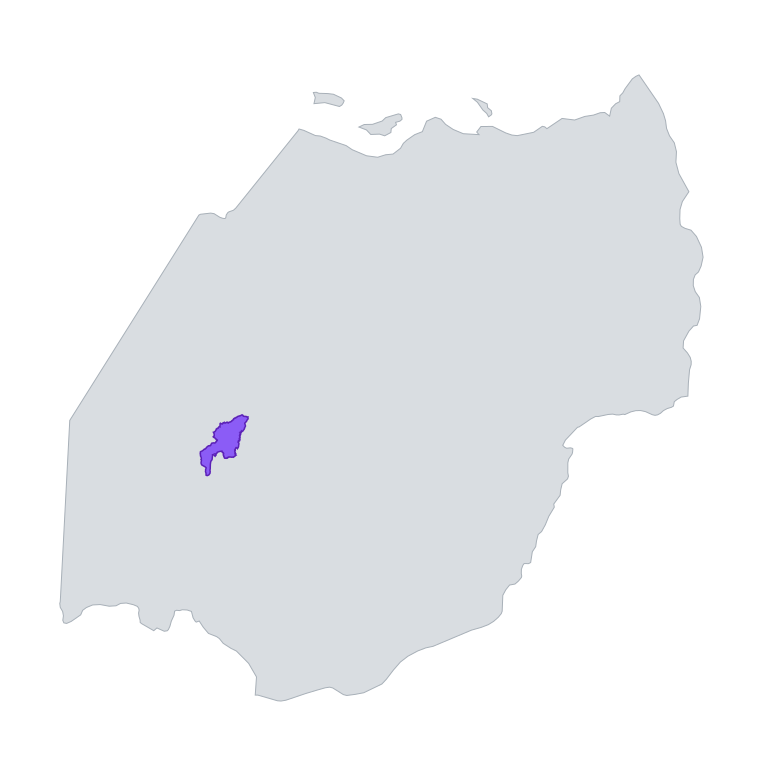 location of Kishapu, Shinyanga, United Republic of Tanzania, rotated 273°
{"feature_id": "72390352B32869277898143", "entity_name": "Kishapu", "entity_type": "district", "adm_level": 2, "iso_a3": "TZA", "parent_name": "United Republic of Tanzania", "parent_adm1": "Shinyanga", "projection": "mercator", "projection_center": [33.788, -3.68], "detail": "fine", "context": "in_parent", "style": "filled", "palette": "violet", "viewbox_px": 768, "rotation_deg": 273, "n_neighbors": 0, "source": "geoboundaries", "source_scale": "gbopen_adm2", "svg_char_len": 9108}
<svg xmlns="http://www.w3.org/2000/svg" viewBox="0 0 768 768"><g transform="rotate(273 384 384)"><path d="M269.9,560.5L260.5,555.5L251.9,552.5L244.9,549.1L241.8,545.8L235.2,544.5L229.5,544.0L224.2,540.9L213.4,539.8L212.2,537.8L212.0,533.3L210.1,532.1L206.2,530.9L202.0,531.0L199.4,531.6L197.9,531.3L194.3,528.6L191.1,525.3L189.8,519.9L184.9,516.4L179.2,513.7L163.3,513.9L160.8,513.1L157.1,510.4L152.7,505.9L149.1,500.7L146.0,493.7L142.8,484.3L124.6,446.7L122.7,439.6L119.2,431.7L113.4,422.1L107.2,414.9L98.9,408.4L89.4,401.9L84.3,397.6L74.6,379.9L72.6,371.7L71.0,363.1L71.7,359.7L77.8,348.7L78.4,345.6L77.6,341.4L74.6,332.6L70.8,322.0L63.1,302.6L62.0,297.7L62.1,294.1L66.7,274.4L66.6,271.7L84.8,272.0L98.0,263.4L109.6,250.6L111.9,245.2L116.6,237.0L121.2,232.9L123.0,230.0L125.7,221.8L131.7,216.2L137.6,211.9L136.4,208.9L137.3,207.8L140.5,205.6L146.8,203.6L148.0,199.3L148.0,194.4L147.0,191.7L147.2,188.6L146.2,186.8L142.1,186.4L136.0,184.0L130.9,182.9L127.4,181.5L126.2,180.4L125.6,177.5L128.5,170.0L125.6,167.0L132.0,154.5L133.1,153.0L135.4,152.8L139.1,151.5L142.4,150.9L145.2,151.3L147.2,150.8L149.0,149.4L150.5,145.2L151.8,138.1L151.1,132.4L148.5,128.0L147.7,121.2L148.9,112.1L148.1,104.6L145.2,98.5L142.2,94.9L137.6,93.2L130.5,84.0L128.3,79.6L128.7,76.8L131.2,75.6L135.7,76.0L140.0,75.0L144.0,72.4L147.9,71.7L149.9,72.1L331.2,72.1L543.0,190.3L543.9,191.8L545.6,202.0L545.2,205.4L541.9,211.3L541.0,214.4L540.9,216.5L541.7,217.3L544.5,217.6L546.9,219.0L547.8,220.1L549.6,224.5L551.9,226.8L632.4,284.9L634.2,285.8L633.1,290.6L628.5,302.5L628.3,307.4L626.5,313.2L624.8,317.1L620.1,333.7L616.3,340.0L611.0,354.6L610.1,365.8L613.0,373.6L614.1,381.0L620.3,388.2L625.3,390.7L628.7,394.0L634.6,401.6L638.0,409.1L648.7,412.8L653.0,421.3L651.4,427.1L646.5,431.9L641.8,439.8L638.1,450.1L638.0,465.8L640.5,463.4L646.2,467.3L646.9,478.9L641.1,492.4L639.3,498.7L639.0,504.1L643.2,520.3L649.6,528.6L649.2,531.1L647.5,533.3L658.5,547.9L657.6,560.6L661.7,570.5L663.5,579.1L666.2,585.7L666.7,590.2L663.3,595.3L671.3,596.6L676.0,600.7L678.3,604.6L684.1,604.5L687.2,607.2L691.7,609.4L701.7,616.0L704.4,619.4L706.0,622.5L678.6,643.5L668.6,648.9L661.6,651.4L654.0,652.8L646.8,656.1L640.0,661.3L631.3,663.9L620.7,663.9L609.5,667.5L592.0,678.4L581.8,672.4L573.8,670.5L564.6,670.7L559.0,671.4L557.0,672.7L555.2,676.4L553.7,682.5L547.7,688.3L537.1,693.9L527.3,696.0L518.4,694.5L512.4,692.2L509.2,689.0L504.6,687.5L498.4,687.7L492.5,690.0L486.9,694.4L478.0,696.3L465.6,695.7L459.0,693.6L458.1,690.0L452.7,685.7L442.8,680.9L435.6,680.8L430.9,685.4L426.6,688.4L422.8,689.6L419.3,689.7L414.3,688.4L400.7,687.9L387.8,688.1L386.5,681.4L383.8,677.3L381.5,674.8L377.1,674.2L375.8,672.3L374.3,668.1L372.1,664.5L369.2,661.6L367.5,658.8L366.9,656.3L367.4,653.5L370.1,646.6L370.9,641.8L370.6,637.0L369.1,632.0L366.1,626.1L366.4,624.4L365.4,620.4L365.3,617.6L365.9,614.0L365.3,609.4L362.7,599.6L362.7,597.0L359.9,592.3L351.3,581.0L350.9,579.5L337.5,568.1L332.1,565.7L330.2,567.8L329.4,569.8L330.0,573.4L329.7,575.2L329.1,576.0L325.9,575.9L323.9,575.5L318.8,572.4L314.9,571.7L305.0,572.2L301.6,573.0L298.9,572.3L293.7,567.1L287.6,566.0L282.1,565.7L273.0,559.8L269.9,560.5ZM650.1,371.8L654.5,384.2L654.0,386.5L650.8,388.0L649.2,388.1L647.3,386.1L645.9,381.9L643.5,382.9L639.5,377.9L635.5,377.7L631.9,371.7L633.3,366.5L632.5,357.7L636.8,353.2L639.3,345.5L642.1,350.7L642.7,358.9L646.5,368.4L650.1,371.8ZM671.4,298.2L671.8,301.1L670.9,303.8L671.1,312.6L670.7,318.4L667.4,326.5L664.7,329.4L662.3,328.5L660.3,327.2L658.8,325.0L661.9,310.2L660.3,299.4L666.5,300.4L671.4,298.2ZM662.5,476.9L659.4,477.6L658.2,476.9L656.3,474.5L659.6,472.4L662.8,468.4L670.3,462.5L673.8,457.7L673.3,462.3L669.1,472.4L665.4,473.0L662.5,476.9Z" fill="#d9dde1" stroke="#a8b0b8" stroke-width="1"/><path d="M283.4,212.1L283.5,212.8L284.0,213.8L285.7,214.9L287.6,215.0L288.3,214.8L289.0,214.7L290.0,214.9L294.7,214.8L296.9,215.0L297.9,215.2L299.0,216.0L299.8,216.3L302.0,216.4L302.4,216.5L303.4,216.5L303.7,216.5L304.1,216.6L304.4,216.5L304.5,217.1L304.3,217.8L304.1,217.9L303.7,218.6L303.4,218.7L303.0,219.1L303.5,219.4L304.0,219.9L304.5,219.7L305.0,220.0L305.3,219.5L305.3,219.8L306.0,220.3L306.1,220.7L306.4,220.9L307.1,221.1L307.9,223.0L308.4,225.1L308.4,225.8L307.3,226.0L307.1,226.2L307.2,226.7L306.9,226.9L306.9,227.1L306.5,227.4L306.3,227.5L305.9,227.3L305.0,227.2L304.7,227.5L304.2,227.4L303.8,227.8L303.2,227.8L302.8,228.2L302.6,228.2L302.5,228.4L302.2,228.4L302.2,228.6L301.6,228.8L301.6,229.1L301.6,229.4L301.5,230.2L301.7,230.7L301.7,230.9L302.0,231.1L301.8,231.2L301.8,231.6L302.1,231.7L302.5,232.3L302.9,232.5L302.9,232.9L303.0,233.3L302.9,233.5L303.1,233.9L303.0,234.2L303.0,234.6L302.9,235.4L303.0,235.7L302.9,236.1L303.2,237.2L303.0,237.5L303.3,237.9L303.5,238.0L303.7,238.3L303.9,238.4L304.0,238.7L304.1,238.9L304.2,239.0L304.7,239.2L304.9,239.5L305.3,239.4L305.3,239.5L305.5,239.4L305.5,239.5L305.7,239.4L305.7,239.5L305.8,239.4L305.9,239.6L306.3,239.6L306.2,239.4L306.7,239.2L306.9,239.0L306.9,238.8L307.1,238.8L307.4,239.0L307.5,238.9L307.7,239.0L307.9,239.0L308.0,238.8L308.3,238.7L308.7,238.5L309.0,238.6L309.5,238.7L309.7,238.8L309.9,238.7L309.9,238.8L310.1,238.7L310.1,238.9L310.3,238.9L310.2,238.6L311.1,238.8L311.3,238.9L311.5,239.1L311.9,239.1L312.1,239.4L312.3,239.4L312.5,239.7L312.8,239.7L312.8,239.8L312.6,240.0L312.6,240.3L312.4,240.3L312.3,240.6L312.1,240.9L311.9,241.0L312.3,241.2L312.4,241.4L312.7,241.4L312.8,241.6L313.2,241.8L313.5,241.8L313.8,242.0L315.9,242.1L316.4,242.3L317.1,242.2L318.2,241.4L318.3,241.6L318.5,241.5L318.7,241.9L319.1,241.8L319.3,242.0L319.4,241.9L319.5,242.2L319.8,241.9L320.0,242.0L319.9,242.3L320.0,242.4L320.3,242.4L320.7,242.9L320.9,242.6L321.4,242.6L321.3,242.8L321.8,242.6L321.8,242.8L322.0,242.8L322.3,242.9L322.4,242.6L322.6,242.8L322.5,243.0L323.0,243.1L323.3,243.0L323.3,242.9L323.5,242.9L323.7,242.7L324.1,242.8L324.3,242.7L324.3,242.8L324.6,242.7L324.6,242.9L324.8,243.0L325.0,243.0L325.4,242.9L325.6,242.8L325.7,243.1L326.0,243.0L326.2,243.3L326.3,243.2L326.4,243.4L326.7,243.4L326.7,243.2L326.8,243.1L326.9,243.3L327.0,243.2L327.1,243.3L327.3,243.4L327.5,243.4L327.7,243.2L327.9,243.5L328.0,243.2L328.1,243.4L328.3,243.3L328.3,243.5L328.6,243.7L328.5,243.8L328.7,244.0L328.8,244.2L328.9,244.3L329.1,244.2L329.1,244.3L329.3,244.3L329.2,244.4L329.3,244.5L329.4,245.1L329.5,245.4L330.5,246.0L331.6,246.8L332.5,246.9L332.6,247.1L333.2,247.1L333.3,247.2L333.7,247.4L333.8,247.5L334.8,247.9L335.4,247.7L336.0,247.4L336.5,247.4L337.2,247.0L337.6,247.0L338.0,247.4L338.3,247.6L338.6,247.9L338.9,248.0L339.3,248.6L339.5,248.7L340.0,248.7L340.4,249.0L341.1,249.3L341.9,250.0L342.5,250.1L343.1,249.9L344.0,249.9L343.9,248.9L344.2,248.7L344.3,248.4L344.2,248.1L344.4,247.6L344.3,246.6L344.4,246.4L344.4,245.8L344.5,245.6L344.5,245.2L345.0,245.0L345.3,244.8L345.3,244.5L345.8,243.9L345.4,243.1L345.0,242.7L344.9,242.5L344.9,242.3L344.6,241.6L344.6,241.3L344.4,241.1L344.4,240.8L344.3,240.7L343.8,239.3L343.3,239.0L343.1,238.5L343.0,238.4L342.9,238.0L342.7,237.9L342.6,238.0L342.3,237.6L342.3,237.2L342.2,237.2L342.2,236.8L342.1,236.6L341.5,235.8L341.3,235.9L341.2,235.8L340.9,235.5L340.6,235.5L340.6,235.3L340.2,235.1L339.9,234.6L339.5,234.2L339.2,233.8L338.9,233.8L338.9,233.6L338.7,233.4L338.4,233.2L338.3,232.9L338.1,232.8L338.0,232.6L338.1,232.2L337.9,232.0L337.7,231.6L337.6,231.4L337.6,231.2L337.1,230.8L337.2,230.7L337.0,230.2L337.4,230.0L337.6,229.6L337.6,229.3L337.7,229.2L337.3,228.5L337.1,228.4L337.1,228.1L336.6,227.4L336.8,227.0L336.9,226.9L337.0,226.6L336.8,226.5L336.8,226.1L337.0,226.1L336.9,226.0L336.9,225.7L336.7,225.7L336.5,225.1L336.3,225.1L336.2,225.2L335.7,224.8L335.8,224.6L335.7,223.6L336.0,223.3L336.3,222.7L336.0,222.4L335.8,222.4L332.7,222.4L332.8,222.2L332.8,221.8L332.6,221.7L332.4,221.2L331.8,220.9L331.6,220.9L331.3,220.8L331.2,220.6L331.1,219.9L330.6,219.7L330.6,219.4L330.3,218.9L329.7,218.9L329.2,218.5L328.9,218.4L328.7,218.4L328.4,218.2L328.0,218.0L327.9,217.8L327.5,217.5L327.5,217.3L327.4,217.3L327.3,217.0L326.9,216.8L326.8,216.2L325.6,216.9L323.9,217.2L323.3,217.1L323.1,216.8L322.7,216.9L322.4,216.3L322.3,216.2L322.0,216.5L321.9,216.9L321.7,217.0L321.4,217.9L320.3,218.7L320.3,219.2L319.9,219.5L319.8,219.8L319.5,219.8L319.2,220.0L319.3,220.3L319.2,220.5L318.8,220.4L318.7,219.9L318.4,220.0L317.9,219.6L317.8,219.4L317.6,219.2L317.2,219.2L316.8,219.0L316.4,218.5L316.2,217.9L316.3,217.5L316.2,217.4L316.3,216.5L316.0,215.8L316.0,215.4L315.9,215.1L314.8,214.5L314.1,214.3L313.8,214.0L313.5,214.0L313.2,213.5L313.3,213.3L313.3,212.8L313.1,212.4L313.1,211.9L312.8,211.6L312.7,211.4L312.3,211.1L311.6,210.2L311.0,209.8L310.6,209.7L309.8,209.0L309.8,208.8L309.5,208.3L309.6,208.0L308.6,207.1L307.6,205.9L306.9,204.4L306.7,204.2L306.1,204.3L305.6,204.1L305.1,204.3L304.7,204.1L304.2,204.3L303.1,204.4L302.6,204.7L302.3,204.6L301.3,205.2L300.4,205.5L299.4,205.4L299.0,205.2L298.6,205.6L298.4,205.7L295.9,205.4L294.8,205.6L294.4,205.8L293.6,206.3L293.4,206.7L291.8,209.9L291.7,210.0L291.2,210.7L290.6,210.7L290.4,210.7L289.1,210.3L288.2,210.4L287.1,210.3L285.8,210.9L283.6,211.1L283.4,211.7L283.5,211.7L283.4,212.1Z" fill="#8b5cf6" stroke="#5b21b6" stroke-width="1.5"/></g></svg>